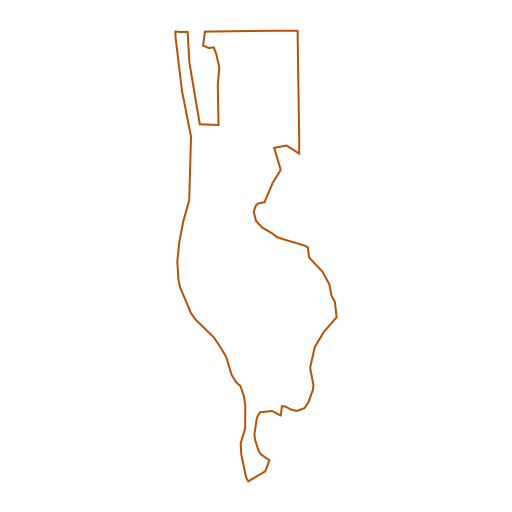 outline of Pinellas, Florida, United States of America
{"feature_id": "52423323B48942229676406", "entity_name": "Pinellas", "entity_type": "district", "adm_level": 2, "iso_a3": "USA", "parent_name": "United States of America", "parent_adm1": "Florida", "projection": "equal_earth", "projection_center": [-82.727, 27.893], "detail": "fine", "context": "isolated", "style": "outline", "palette": "amber", "viewbox_px": 512, "rotation_deg": 0, "n_neighbors": 0, "source": "geoboundaries", "source_scale": "gbopen_adm2", "svg_char_len": 1272}
<svg xmlns="http://www.w3.org/2000/svg" viewBox="0 0 512 512"><path d="M175.4,31.6L175.5,36.9L182.0,91.0L191.0,136.6L190.5,154.7L189.2,200.4L183.5,220.5L183.4,220.6L179.3,242.1L177.3,261.3L178.5,279.9L180.0,287.1L186.0,301.3L190.8,312.9L195.7,319.7L213.9,337.5L218.2,343.8L226.1,356.6L231.6,374.8L235.9,382.0L240.4,386.0L244.0,396.6L245.3,405.7L245.1,428.5L240.7,443.2L241.2,454.0L246.2,477.8L248.3,481.3L265.2,471.3L269.4,460.4L260.7,454.2L258.4,450.3L255.2,440.3L254.4,434.4L256.9,417.7L260.0,412.3L272.0,411.0L280.7,415.5L280.8,415.3L281.9,406.2L285.3,406.5L290.4,409.3L290.6,409.4L296.8,411.0L304.5,408.1L308.2,402.7L313.0,389.5L313.4,384.9L310.1,367.8L310.9,364.3L314.8,347.0L318.7,340.5L324.0,331.6L336.6,317.3L334.9,302.0L331.5,295.8L329.4,284.4L322.4,271.6L309.1,257.5L307.8,247.4L304.9,245.7L285.5,239.9L277.2,237.2L271.8,233.1L269.2,231.6L262.2,227.6L256.1,221.1L255.3,218.0L253.7,211.7L255.9,205.5L258.3,203.4L264.5,202.2L271.0,186.9L272.6,182.9L280.7,169.9L274.2,147.9L286.5,145.5L299.2,153.6L299.2,138.9L297.9,53.5L297.6,30.8L285.0,30.7L268.8,30.8L205.0,31.6L203.0,45.6L208.7,48.0L213.7,47.4L216.1,53.5L219.3,67.4L217.8,84.5L218.5,125.0L199.8,124.3L189.4,62.7L187.6,31.9L179.4,32.0L176.7,31.6L175.4,31.6Z" fill="none" stroke="#b45309" stroke-width="2"/></svg>